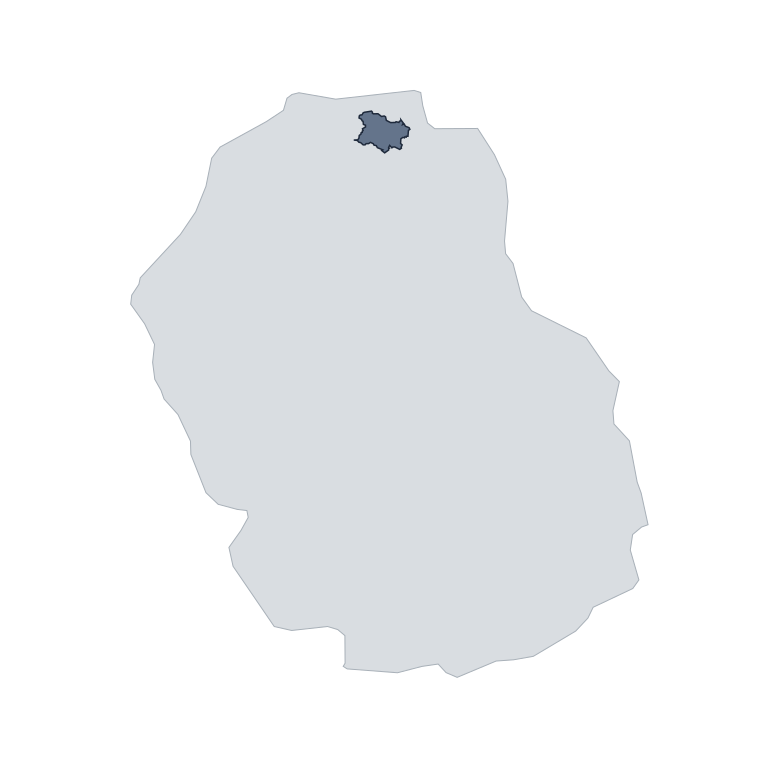 Bosilovo, Bosilovo, North Macedonia shown in context, rotated 260°
{"feature_id": "65306769B43786994605209", "entity_name": "Bosilovo", "entity_type": "district", "adm_level": 2, "iso_a3": "MKD", "parent_name": "North Macedonia", "parent_adm1": "Bosilovo", "projection": "orthographic", "projection_center": [22.779, 41.481], "detail": "fine", "context": "in_parent", "style": "filled", "palette": "slate", "viewbox_px": 768, "rotation_deg": 260, "n_neighbors": 0, "source": "geoboundaries", "source_scale": "gbopen_adm2", "svg_char_len": 2181}
<svg xmlns="http://www.w3.org/2000/svg" viewBox="0 0 768 768"><g transform="rotate(260 384 384)"><path d="M348.4,181.6L361.4,183.5L389.7,175.8L407.4,164.8L416.4,163.3L428.4,159.1L445.5,159.9L462.8,164.9L484.9,158.7L506.6,148.4L515.3,151.0L524.7,159.9L530.9,162.4L566.7,209.5L586.3,228.5L609.6,243.0L636.3,253.5L645.8,263.7L662.8,313.6L671.0,332.5L682.3,338.1L685.1,343.6L685.6,350.8L672.9,385.9L667.9,464.6L664.7,470.8L651.3,470.5L633.4,472.2L626.6,478.3L619.4,520.6L590.6,532.6L564.5,539.4L542.4,537.8L503.8,527.5L491.2,526.4L480.3,532.0L445.7,534.7L430.5,542.0L394.3,591.1L357.9,607.7L345.5,616.2L318.0,604.8L304.7,603.5L285.4,615.8L243.4,616.3L232.0,618.3L199.6,619.6L198.4,612.8L192.6,602.7L177.7,597.7L146.8,601.0L139.4,593.5L127.8,551.2L118.1,544.2L107.4,529.9L89.9,483.8L89.9,463.7L91.7,446.3L82.4,405.1L89.0,395.0L98.8,388.7L99.3,372.2L97.3,347.1L109.8,298.3L113.0,294.8L115.8,297.2L143.0,301.8L150.2,295.8L155.0,286.2L157.3,250.3L164.2,233.8L230.7,203.7L250.0,202.9L264.6,217.7L276.2,227.1L283.2,227.0L286.0,217.7L294.3,199.8L307.9,189.8L348.0,181.6L348.4,181.6Z" fill="#d9dde1" stroke="#a8b0b8" stroke-width="1"/><path d="M629.5,396.6L628.5,400.0L626.4,401.3L625.8,402.9L623.1,405.0L622.8,406.9L623.8,408.1L623.4,410.6L624.3,412.6L622.5,415.2L621.0,415.6L620.1,417.8L617.9,418.5L614.8,423.5L614.3,422.3L611.5,424.8L613.6,429.2L615.1,429.5L615.3,430.2L616.1,429.6L618.0,431.0L615.2,432.8L615.8,433.7L615.6,435.7L612.3,440.2L613.2,442.1L614.2,442.0L616.3,443.4L618.0,442.1L622.6,443.2L623.6,445.5L622.9,446.9L623.7,447.3L623.3,448.8L624.1,449.0L623.8,450.6L629.5,452.1L630.3,453.7L632.1,453.2L634.1,449.9L635.0,449.5L636.5,449.1L636.2,447.3L637.7,448.3L641.3,446.5L640.3,446.4L640.1,444.9L639.0,444.1L640.2,441.4L639.6,440.6L640.3,435.9L643.2,432.1L646.9,431.9L647.9,430.7L647.9,428.0L651.2,425.0L651.9,420.5L652.6,419.6L653.7,419.8L654.9,419.1L655.0,411.9L654.7,410.6L652.9,409.1L653.0,407.2L652.3,406.2L650.3,405.6L648.7,407.7L646.9,408.2L646.3,409.0L643.2,408.8L642.1,410.7L640.3,410.4L639.1,407.1L637.2,407.4L636.8,406.5L635.6,406.3L635.4,405.1L634.0,404.6L633.1,402.8L630.5,402.0L629.0,400.6L629.5,396.6Z" fill="#64748b" stroke="#1e293b" stroke-width="1.5"/></g></svg>